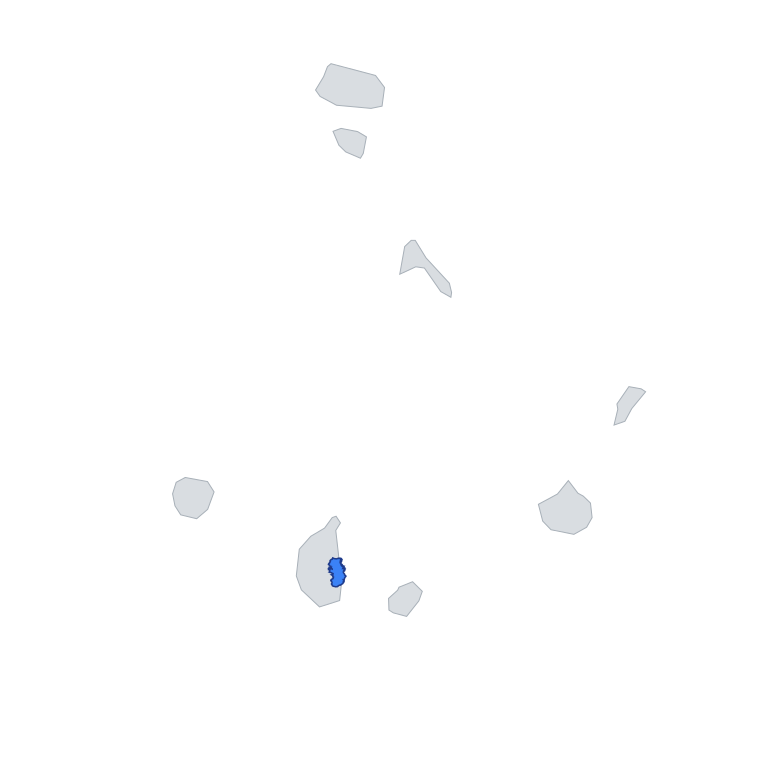 Santiago Maior, Santa Cruz, Cabo Verde shown in context, rotated 40°
{"feature_id": "66160863B62302711188639", "entity_name": "Santiago Maior", "entity_type": "district", "adm_level": 2, "iso_a3": "CPV", "parent_name": "Cabo Verde", "parent_adm1": "Santa Cruz", "projection": "albers", "projection_center": [-23.551, 15.111], "detail": "fine", "context": "in_parent", "style": "filled", "palette": "blue", "viewbox_px": 768, "rotation_deg": 40, "n_neighbors": 0, "source": "geoboundaries", "source_scale": "gbopen_adm2", "svg_char_len": 5783}
<svg xmlns="http://www.w3.org/2000/svg" viewBox="0 0 768 768"><g transform="rotate(40 384 384)"><path d="M489.2,578.4L477.9,596.2L453.0,594.8L440.2,587.4L425.3,565.0L425.8,547.7L431.1,532.6L430.2,519.6L432.3,516.1L439.9,518.4L441.2,527.2L463.8,548.7L472.1,552.9L489.2,578.4ZM168.4,201.0L150.2,204.8L142.6,202.8L140.2,187.4L136.7,177.2L137.5,172.7L179.2,153.1L193.8,156.5L203.9,172.4L196.9,181.2L168.4,201.0ZM587.3,339.5L602.8,343.0L608.7,341.8L618.7,342.5L629.3,352.6L631.3,363.5L626.1,377.1L605.6,388.3L593.7,387.0L579.6,376.9L587.6,356.8L587.3,339.5ZM327.1,607.6L312.4,614.9L302.2,611.7L292.6,604.0L288.0,592.9L291.8,583.4L311.5,572.2L323.2,575.9L329.5,593.4L327.1,607.6ZM369.3,264.8L377.0,270.5L379.5,274.6L368.1,276.7L340.4,269.2L333.0,273.8L325.5,289.8L311.5,265.4L312.5,256.5L315.6,253.9L335.2,260.4L369.3,264.8ZM538.3,553.3L533.1,554.0L525.3,545.3L527.0,533.2L526.1,530.0L533.0,517.1L546.6,518.2L550.1,527.7L550.7,547.5L538.3,553.3ZM220.8,226.2L205.5,230.8L196.0,230.1L182.5,223.2L186.8,215.8L201.6,207.6L211.7,206.0L219.9,220.7L220.8,226.2ZM592.5,257.7L586.6,267.6L579.3,253.0L575.3,249.6L573.3,228.6L584.1,222.4L589.4,221.8L589.6,243.5L592.5,257.7Z" fill="#d9dde1" stroke="#a8b0b8" stroke-width="1"/><path d="M457.1,555.8L457.2,556.1L457.3,556.1L457.2,556.6L457.4,556.8L457.2,557.3L457.3,557.4L457.3,557.7L457.5,558.0L457.7,557.9L458.1,558.0L458.7,557.8L459.1,558.0L459.4,558.2L459.9,558.2L460.1,558.1L460.0,558.3L460.2,558.9L460.3,558.9L460.5,559.1L460.9,559.4L461.1,559.4L461.3,559.5L461.6,559.5L461.5,559.2L461.4,558.8L461.5,558.7L461.6,559.0L461.9,558.8L462.1,558.8L462.3,559.0L462.8,558.8L463.1,558.9L463.3,559.1L463.0,559.2L462.7,559.3L462.3,559.4L461.9,559.9L461.7,559.9L461.5,560.2L461.4,560.2L461.2,560.0L461.0,560.4L460.8,560.3L460.5,560.8L460.3,560.7L460.4,560.9L460.3,561.0L460.2,560.9L460.0,561.1L460.1,561.3L460.3,561.4L460.6,561.7L460.8,561.9L461.3,561.6L461.5,561.6L461.8,561.6L462.1,561.4L462.4,562.0L462.9,562.4L462.8,562.5L463.0,562.9L462.9,563.3L463.2,563.2L463.5,563.2L463.8,563.0L465.0,562.4L465.2,562.2L465.4,562.2L465.8,562.4L466.0,562.4L466.4,562.3L466.7,562.0L467.0,562.0L467.1,562.3L467.0,562.6L466.9,562.7L466.8,563.0L466.5,563.3L466.5,563.7L466.3,564.0L467.0,563.9L467.3,563.8L467.8,563.8L468.0,563.6L468.3,563.9L468.2,564.0L468.4,564.1L468.8,564.4L468.8,564.5L469.3,564.4L469.3,564.6L469.5,564.7L469.5,564.8L469.7,565.1L469.8,565.1L470.0,565.8L469.8,565.9L469.9,566.2L469.8,566.3L469.7,566.3L469.7,566.8L469.5,567.0L469.3,567.4L469.3,567.7L469.7,568.0L469.4,568.5L469.5,568.7L469.8,568.9L470.4,569.0L470.7,568.9L471.1,569.1L471.5,569.2L471.7,569.3L472.0,569.8L472.2,570.1L472.2,570.6L472.3,570.8L472.3,571.0L472.5,571.1L472.9,571.2L473.4,571.2L473.5,571.4L473.9,571.5L474.1,571.7L474.5,571.7L475.0,571.5L475.4,571.4L475.5,571.3L476.3,570.9L476.6,570.7L477.0,570.6L477.2,570.4L477.5,570.3L477.7,569.9L478.3,569.5L478.6,569.1L478.6,568.9L478.8,568.6L478.6,568.2L478.8,567.6L479.5,566.3L479.9,566.1L479.9,565.9L480.0,565.8L480.1,565.3L480.2,565.1L480.2,564.8L480.3,564.4L480.5,564.2L480.6,563.8L480.7,563.6L480.7,563.4L480.6,563.0L480.6,562.7L480.4,562.5L480.5,562.3L480.6,562.1L480.3,561.9L480.2,561.8L480.3,561.8L480.1,561.7L480.1,561.3L480.0,561.2L480.1,560.9L479.7,560.6L479.7,560.4L479.8,560.4L479.7,560.3L479.7,560.1L479.4,560.0L479.5,559.8L479.4,559.7L479.2,559.7L479.2,559.8L478.9,559.8L478.7,559.8L478.9,559.6L479.1,559.6L479.2,559.3L479.2,559.2L479.0,558.9L478.9,558.7L478.7,558.2L478.6,557.8L478.4,557.7L478.4,557.2L478.5,555.9L478.4,555.8L478.0,555.5L477.4,555.7L476.7,555.4L476.5,555.5L476.4,555.4L476.2,555.1L475.8,554.9L475.4,554.9L475.2,554.8L474.7,554.8L474.3,554.6L474.2,554.6L473.9,554.3L473.7,554.2L473.4,553.7L473.4,553.4L473.4,553.2L473.6,553.0L473.8,553.1L473.7,553.0L473.9,552.7L473.9,552.4L473.7,552.2L473.7,551.9L473.5,551.7L473.3,551.7L473.2,551.9L473.2,551.6L473.0,551.8L473.0,551.6L472.9,551.6L472.9,551.3L472.8,551.1L472.8,550.7L472.6,550.8L472.6,550.7L472.6,550.8L472.3,550.9L472.3,551.1L472.2,551.0L472.0,550.9L471.9,551.0L471.9,550.9L471.7,550.9L471.6,551.0L471.3,551.2L471.3,551.4L471.1,551.6L471.1,551.2L471.5,550.8L471.4,550.6L471.5,550.6L471.5,550.4L471.4,550.2L471.2,550.1L470.8,550.3L471.1,550.0L470.9,550.0L470.9,549.9L470.8,549.7L470.6,549.7L470.4,549.8L470.4,549.6L470.2,549.8L470.2,549.6L469.9,549.6L470.0,549.8L469.9,549.7L469.8,549.8L469.8,550.0L469.7,549.9L469.6,550.0L469.4,550.1L469.2,550.3L469.1,550.2L468.8,550.4L468.7,550.3L468.7,550.5L468.4,550.6L468.1,550.5L467.9,550.3L468.0,550.2L467.9,550.1L468.0,549.9L468.1,549.7L467.9,549.7L467.7,549.8L467.7,549.7L467.6,549.8L467.5,549.7L467.5,549.8L467.4,549.9L466.8,549.8L466.7,549.7L466.4,549.6L466.1,549.5L465.8,549.1L465.7,549.1L465.4,549.1L465.3,548.9L465.0,548.8L464.7,548.5L464.7,548.3L464.9,548.2L464.9,547.8L465.1,547.8L465.1,547.6L465.5,547.6L465.5,547.4L465.4,547.4L465.5,547.4L465.4,547.2L465.3,546.9L465.1,546.9L465.1,546.7L464.7,546.8L464.6,547.0L464.6,546.9L464.4,547.0L464.3,546.9L464.4,546.7L464.3,546.4L464.2,546.2L464.3,546.0L464.2,546.0L464.3,545.9L464.1,545.8L464.3,545.7L464.2,545.6L464.3,545.6L464.5,545.6L464.5,545.4L464.4,545.4L464.3,545.5L464.3,545.4L464.2,545.4L464.0,545.5L463.8,545.8L463.8,545.7L463.6,545.6L463.4,545.7L463.5,545.6L463.4,545.5L463.5,545.4L463.4,545.3L463.4,545.2L463.1,545.2L462.9,545.4L462.8,545.6L462.4,545.6L461.9,546.2L461.4,546.3L461.4,546.7L461.2,547.0L460.7,547.3L460.5,547.6L460.3,548.2L459.8,548.6L459.7,548.7L458.6,549.4L458.4,549.6L458.2,549.7L458.0,549.8L457.4,549.8L457.0,550.1L456.5,550.2L456.7,550.9L457.0,551.2L457.0,551.5L456.9,551.8L456.5,552.1L456.5,552.3L456.4,552.4L456.3,552.6L456.3,553.0L456.2,553.5L456.2,553.9L456.8,554.1L456.9,554.3L456.9,554.9L457.1,555.1L457.0,555.3L456.9,555.4L456.9,555.5L457.0,555.7L457.1,555.8Z" fill="#3b82f6" stroke="#1e3a8a" stroke-width="1.5"/></g></svg>